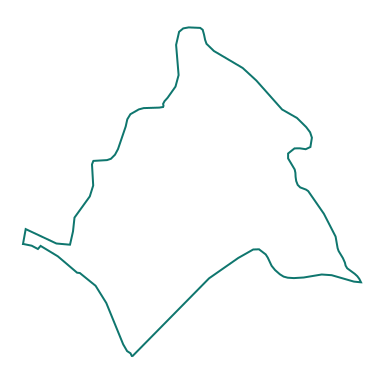 map outline of Lanao del Sur (Natural Earth projection)
{"feature_id": "PHL-2574", "entity_name": "Lanao del Sur", "entity_type": "Province", "adm_level": 1, "iso_a3": "PHL", "parent_name": "Philippines", "parent_adm1": "", "projection": "natural_earth1", "projection_center": [124.383, 7.829], "detail": "fine", "context": "isolated", "style": "outline", "palette": "teal", "viewbox_px": 384, "rotation_deg": 0, "n_neighbors": 0, "source": "natural_earth", "source_scale": "10m", "svg_char_len": 1374}
<svg xmlns="http://www.w3.org/2000/svg" viewBox="0 0 384 384"><path d="M132.1,356.6L130.5,353.3L127.1,351.1L123.2,344.4L106.3,303.0L95.6,285.8L79.8,273.0L77.1,272.7L57.8,256.3L40.6,245.9L37.9,249.0L31.7,245.7L23.4,244.0L23.0,244.0L25.7,229.1L56.4,243.5L69.9,244.7L70.0,244.7L73.0,231.4L74.5,217.6L89.8,196.4L93.2,185.5L92.0,164.4L93.3,161.0L93.4,160.9L107.0,160.1L110.9,158.8L115.0,154.7L118.0,149.1L125.7,126.5L127.3,119.3L130.4,114.2L138.8,109.4L143.7,108.1L159.3,107.6L163.1,107.0L163.5,105.8L163.1,103.9L164.5,101.2L167.5,97.9L175.5,86.6L178.6,75.1L176.1,44.9L179.1,31.8L179.6,31.4L183.1,28.5L183.2,28.4L188.7,27.4L200.2,27.9L202.7,29.8L204.0,34.5L205.1,39.8L206.5,43.8L213.9,51.0L242.7,68.0L256.3,80.5L282.1,109.5L297.0,118.0L306.2,127.1L310.1,132.3L311.9,137.7L310.4,147.0L305.7,149.2L299.7,148.3L294.5,148.4L291.6,150.7L288.1,153.5L288.1,158.4L294.7,169.5L295.4,172.8L295.6,176.9L296.2,181.0L297.7,184.9L300.2,187.4L306.0,189.6L308.2,191.1L323.9,213.8L335.6,236.6L337.6,248.1L338.6,251.0L342.9,258.1L344.9,262.6L345.6,265.6L347.2,268.3L354.7,273.8L357.3,276.2L359.3,278.9L361.0,282.3L360.8,282.3L353.9,281.6L331.7,275.2L321.7,274.5L303.7,277.5L293.8,278.1L287.7,277.7L283.6,276.6L279.9,274.3L275.1,270.1L271.6,265.8L267.8,257.7L265.7,254.4L259.0,249.3L253.2,249.5L238.2,258.0L209.1,278.3L132.1,356.5L132.1,356.6Z" fill="none" stroke="#0f766e" stroke-width="2"/></svg>